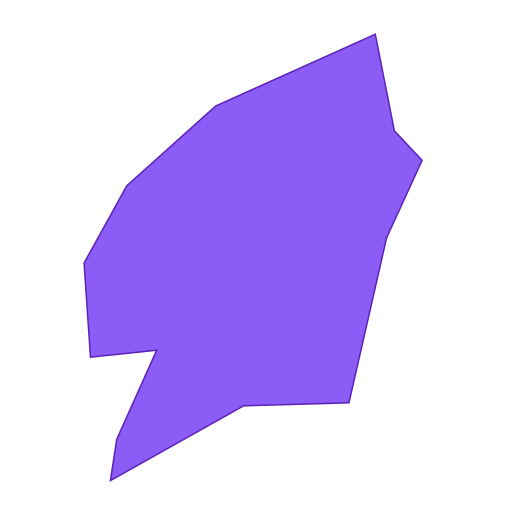 the border of Sandy Hill, rotated 174°
{"feature_id": "AIA-5121", "entity_name": "Sandy Hill", "entity_type": "District", "adm_level": 1, "iso_a3": "AIA", "parent_name": "Anguilla", "parent_adm1": "", "projection": "robinson", "projection_center": [-63.011, 18.236], "detail": "fine", "context": "isolated", "style": "filled", "palette": "violet", "viewbox_px": 512, "rotation_deg": 174, "n_neighbors": 0, "source": "natural_earth", "source_scale": "10m", "svg_char_len": 336}
<svg xmlns="http://www.w3.org/2000/svg" viewBox="0 0 512 512"><g transform="rotate(174 256 256)"><path d="M427.7,267.0L377.1,339.4L280.4,409.4L114.2,464.1L105.3,366.0L80.8,333.8L124.2,260.5L178.9,100.3L284.0,108.3L424.2,47.9L413.7,88.2L364.6,172.7L431.2,172.7L427.7,267.0Z" fill="#8b5cf6" stroke="#5b21b6" stroke-width="1.5"/></g></svg>